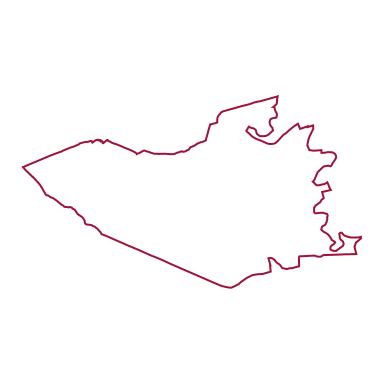 Calui, Olt, Romania
{"feature_id": "2599482B47257353667324", "entity_name": "Calui", "entity_type": "district", "adm_level": 2, "iso_a3": "ROU", "parent_name": "Romania", "parent_adm1": "Olt", "projection": "robinson", "projection_center": [24.053, 44.456], "detail": "fine", "context": "isolated", "style": "outline", "palette": "rose", "viewbox_px": 384, "rotation_deg": 0, "n_neighbors": 0, "source": "geoboundaries", "source_scale": "gbopen_adm2", "svg_char_len": 6003}
<svg xmlns="http://www.w3.org/2000/svg" viewBox="0 0 384 384"><path d="M356.3,254.0L354.5,246.9L355.9,242.7L361.0,238.4L360.8,236.8L359.1,237.4L355.0,237.5L350.9,237.5L347.2,236.6L345.1,235.9L343.7,235.0L342.1,233.1L341.2,232.6L339.5,233.3L339.3,233.6L339.7,236.0L339.7,237.2L339.9,238.0L340.1,238.7L340.6,239.4L342.4,241.0L343.1,241.7L343.7,244.0L343.3,244.7L343.2,245.5L342.6,246.1L336.1,250.9L333.8,250.9L331.2,250.1L330.6,249.7L330.4,248.9L330.3,248.2L330.7,246.7L331.1,246.1L332.3,245.0L333.5,244.4L334.4,243.5L334.7,243.0L335.2,242.6L335.1,242.2L334.3,241.7L333.4,240.9L332.5,240.5L331.7,239.8L330.7,237.9L328.6,235.0L327.2,233.8L325.4,232.6L324.3,232.2L322.3,230.7L321.2,229.6L322.1,226.6L325.5,224.6L325.8,223.2L326.7,221.9L326.9,220.4L327.3,219.5L327.3,219.1L327.2,217.9L327.2,216.9L327.6,216.1L327.7,215.5L327.5,214.9L327.0,214.0L326.6,213.8L324.5,213.3L323.2,212.8L320.1,212.8L316.5,213.3L315.1,213.2L314.5,212.7L314.2,212.1L314.1,211.2L314.1,207.7L314.8,206.9L315.4,205.6L316.4,205.0L316.8,204.7L319.8,202.5L320.6,201.7L321.2,200.4L321.5,199.9L322.3,199.2L323.7,198.3L323.6,197.5L322.1,192.0L330.8,190.0L329.7,188.1L329.3,187.2L328.2,184.2L327.3,182.3L325.7,183.5L324.5,184.0L322.3,184.4L318.9,185.3L317.9,185.3L317.1,185.2L316.3,185.0L315.5,184.4L314.7,183.3L312.8,181.6L313.4,181.1L314.3,180.0L317.5,172.5L318.5,171.4L322.5,167.5L323.5,166.7L324.0,166.4L324.7,166.2L326.2,166.1L328.1,165.6L330.4,166.3L331.2,165.8L331.5,165.4L332.8,162.9L334.4,160.7L335.4,159.1L335.9,158.1L336.1,157.4L336.1,156.8L336.1,156.3L335.8,155.4L335.5,154.6L335.1,154.0L333.6,152.9L332.7,152.5L332.0,152.3L327.9,152.1L327.3,152.2L325.7,152.6L322.4,152.9L321.4,152.8L321.4,150.2L313.5,150.7L309.4,150.1L307.3,145.3L308.4,139.6L309.6,136.3L313.3,128.8L313.1,125.4L307.6,127.1L307.7,126.3L300.1,128.9L297.9,123.7L293.9,126.4L291.1,128.6L288.7,130.6L287.1,132.2L284.9,133.9L283.5,134.7L277.6,141.2L275.4,143.1L273.8,143.7L271.3,144.0L269.0,143.9L267.0,143.4L261.6,140.9L256.9,139.2L252.5,136.8L249.2,133.6L246.6,131.4L246.4,130.6L247.3,129.3L248.0,127.9L249.0,126.6L249.9,127.3L250.7,127.7L251.8,128.1L252.7,128.1L254.0,128.6L255.6,129.8L255.9,130.4L256.6,133.2L256.9,133.8L257.9,134.7L259.4,135.8L260.4,136.1L261.8,136.2L265.6,136.0L266.5,135.7L268.8,134.4L272.4,131.0L273.0,130.5L272.8,130.2L272.4,127.8L271.0,126.3L270.2,124.9L269.8,123.6L269.6,121.8L270.3,119.7L271.0,118.8L272.6,118.3L276.5,117.5L276.7,115.6L277.0,114.7L276.6,113.1L275.9,112.0L275.3,110.8L274.6,108.2L274.5,107.2L274.4,107.0L274.1,106.9L273.4,106.9L273.8,106.6L274.8,105.6L275.7,105.0L276.6,103.9L277.0,102.2L277.0,101.5L277.2,100.7L277.1,99.8L277.1,99.0L277.3,98.4L277.7,96.3L263.8,100.3L262.7,100.5L260.2,101.3L257.4,101.7L253.5,102.7L251.9,103.4L249.0,104.3L242.2,106.0L223.9,111.1L222.3,111.7L221.1,112.4L220.0,113.8L218.6,115.5L217.8,116.8L217.4,117.9L217.2,121.1L217.3,122.4L216.6,122.8L212.9,123.8L211.6,124.3L210.6,124.3L210.2,124.3L209.7,126.2L209.0,128.3L208.1,131.6L208.0,132.1L207.7,133.2L207.5,134.2L206.2,138.5L205.9,140.2L205.8,140.4L205.3,140.7L202.5,141.9L200.4,142.4L198.0,143.3L197.3,143.8L196.4,144.2L196.0,144.6L194.6,145.5L192.6,146.5L190.6,147.1L190.2,147.4L189.9,147.9L189.6,148.3L189.2,149.2L188.7,149.7L187.3,150.2L186.7,150.6L185.7,151.2L184.0,151.7L183.5,151.8L183.0,151.8L181.8,151.3L181.5,151.4L178.8,152.3L176.5,152.9L175.4,153.6L173.6,154.1L170.4,154.2L166.9,153.9L163.8,153.7L162.3,153.8L160.0,153.8L158.9,154.0L158.5,154.0L157.7,153.7L155.7,153.8L154.7,153.8L153.8,153.6L151.2,152.8L148.6,151.9L146.0,151.2L144.5,150.5L143.1,150.9L140.1,152.6L137.7,153.6L136.9,154.0L136.9,153.7L136.1,153.1L134.5,152.0L133.5,151.5L127.3,148.7L125.3,148.1L121.5,146.3L116.0,144.1L113.6,143.4L111.7,142.7L111.0,142.2L110.5,141.7L109.1,141.3L108.3,141.1L107.6,140.0L106.9,140.1L106.6,140.3L104.0,142.6L103.1,143.2L102.8,143.0L102.9,142.9L102.8,142.4L102.6,141.7L102.3,141.3L102.2,141.2L101.8,141.2L100.9,141.6L100.6,141.3L100.4,140.8L100.5,140.3L100.5,140.1L100.0,140.0L99.7,140.5L99.4,140.6L99.0,140.3L98.3,140.2L98.0,139.7L96.8,139.9L95.8,140.2L94.3,141.2L92.4,142.7L92.2,142.5L92.2,141.7L92.0,141.4L91.5,141.1L90.9,141.0L88.7,141.5L88.0,141.8L85.1,142.0L83.9,142.3L80.3,143.3L79.3,143.7L78.8,144.4L73.4,146.7L70.4,147.6L65.0,149.8L62.5,150.9L61.5,151.6L59.9,152.0L52.9,154.6L49.6,155.9L23.0,167.1L23.5,167.7L24.4,168.8L25.9,170.4L31.9,176.2L32.7,177.0L32.9,176.9L38.9,183.5L40.2,185.1L41.3,187.0L42.0,187.9L43.0,189.8L43.3,190.5L45.3,193.7L45.5,194.3L46.3,195.2L47.4,195.3L48.5,195.7L49.9,196.8L50.5,197.2L52.9,198.1L53.9,198.6L57.1,201.0L57.8,201.5L58.4,202.2L59.7,203.2L61.5,204.7L63.1,205.5L63.4,205.7L64.2,206.7L64.9,206.9L65.4,207.0L66.7,207.0L68.9,207.4L69.5,207.0L70.3,207.1L71.9,207.7L72.4,208.5L73.5,209.2L74.5,209.5L76.6,212.4L76.8,213.1L77.5,213.8L78.0,214.2L78.8,215.0L79.2,215.1L80.3,215.8L82.1,217.1L83.2,218.3L84.5,220.4L85.0,223.0L85.4,223.7L86.1,224.3L86.6,224.5L89.9,224.8L90.6,225.0L91.6,225.1L92.0,225.3L92.6,225.9L93.1,226.1L93.7,226.3L94.3,226.4L94.6,226.6L95.9,227.7L96.7,228.2L97.8,229.2L99.5,231.3L100.3,231.9L101.2,233.4L101.5,234.1L105.9,235.8L127.1,245.1L138.8,250.0L144.5,252.6L152.7,256.2L154.3,256.7L161.7,259.8L167.4,262.4L169.9,263.6L185.3,270.3L193.6,273.9L214.7,283.1L221.2,285.8L222.6,286.2L226.9,287.2L229.5,287.6L231.0,287.7L232.3,287.3L237.6,284.7L238.8,284.0L241.0,282.0L244.8,279.3L246.2,278.3L247.6,277.5L252.1,275.3L253.1,275.0L257.2,274.3L262.6,274.0L270.7,271.6L270.1,265.6L270.4,265.6L270.2,264.2L268.4,258.3L268.8,258.1L271.0,258.0L271.9,258.2L272.9,258.7L274.4,259.8L276.2,262.1L277.3,263.0L278.7,263.9L279.8,264.8L280.9,266.0L282.1,267.9L282.6,268.2L284.8,268.6L286.7,269.0L287.5,268.9L289.5,268.3L290.1,268.2L291.3,268.3L293.1,267.9L296.2,267.0L297.6,266.6L298.5,266.6L298.9,266.4L299.1,266.0L298.9,257.6L299.3,256.4L300.0,256.3L303.1,256.2L311.7,255.7L314.2,255.6L315.1,255.7L316.7,256.4L317.7,256.6L318.4,256.7L319.7,256.7L320.7,256.6L321.6,256.3L322.8,255.4L323.5,255.1L338.4,254.6L345.2,254.3L352.7,254.2L356.3,254.0Z" fill="none" stroke="#9f1239" stroke-width="2"/></svg>